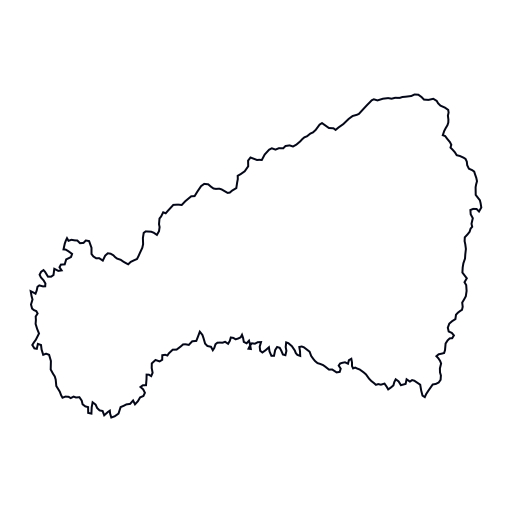 the district of Mimoso de Goiás, Goiás, Brazil
{"feature_id": "56859067B56416792838659", "entity_name": "Mimoso de Goiás", "entity_type": "district", "adm_level": 2, "iso_a3": "BRA", "parent_name": "Brazil", "parent_adm1": "Goiás", "projection": "equal_earth", "projection_center": [-48.343, -15.009], "detail": "fine", "context": "isolated", "style": "outline", "palette": "ink", "viewbox_px": 512, "rotation_deg": 0, "n_neighbors": 0, "source": "geoboundaries", "source_scale": "gbopen_adm2", "svg_char_len": 5669}
<svg xmlns="http://www.w3.org/2000/svg" viewBox="0 0 512 512"><path d="M451.3,144.8L450.0,142.2L447.1,138.7L445.2,136.1L442.8,135.2L444.2,131.0L445.7,128.1L447.4,125.3L448.3,122.6L448.4,119.6L447.9,115.6L448.6,112.6L448.2,109.9L444.9,107.6L440.4,105.6L438.1,103.3L436.7,100.9L433.3,98.8L428.5,99.9L424.0,99.6L421.5,97.0L418.3,94.7L414.5,94.5L411.3,96.0L405.8,96.7L402.4,97.0L399.7,97.9L395.1,97.8L391.6,98.7L388.2,98.1L383.0,98.7L377.5,100.4L373.8,99.3L371.7,100.3L369.6,102.5L367.4,104.7L364.4,107.9L358.9,113.9L356.9,114.8L352.6,116.0L348.8,118.8L343.3,124.1L338.6,127.4L335.6,129.9L333.5,128.3L328.9,128.0L322.0,123.1L319.6,124.6L315.7,129.9L313.0,132.4L310.3,133.6L307.0,136.3L304.4,137.3L302.3,139.1L300.2,141.4L296.4,144.6L293.0,146.5L289.6,145.4L285.5,146.0L283.2,148.3L278.9,148.2L275.5,149.6L271.8,148.3L269.1,149.7L264.7,154.5L261.8,160.0L259.3,159.8L257.0,160.0L254.7,159.1L250.5,157.5L248.1,160.6L248.2,166.3L244.7,171.3L240.7,174.1L237.7,175.8L237.8,179.1L237.2,182.2L236.3,188.1L232.1,190.6L229.8,192.6L227.6,192.9L224.0,190.8L221.6,189.4L219.3,188.7L215.9,188.9L213.5,188.5L211.1,186.8L208.2,184.3L204.2,183.9L201.1,186.1L199.2,188.9L197.5,191.4L194.6,196.1L191.2,196.3L187.7,199.2L185.3,201.2L181.7,205.0L179.0,204.7L176.4,204.7L173.3,204.9L170.1,208.4L167.7,211.0L165.7,213.3L163.2,212.3L161.1,216.5L159.5,218.5L159.0,224.2L159.6,227.1L159.0,231.2L156.9,234.9L153.7,232.7L151.1,231.7L145.7,231.4L143.7,232.9L142.9,238.0L143.1,244.2L142.3,247.8L140.0,252.7L138.4,256.3L137.0,259.0L134.0,260.3L130.7,261.9L128.2,264.3L125.9,263.1L123.4,261.7L120.7,259.8L117.1,258.6L115.1,257.1L113.4,255.3L110.6,253.7L107.8,253.3L105.2,255.6L102.8,260.6L99.2,258.2L96.2,258.3L93.3,256.4L91.5,254.0L91.5,247.8L89.1,241.1L85.8,240.5L83.5,242.9L80.0,243.2L77.3,240.5L74.9,240.4L71.4,239.8L68.5,240.8L67.0,238.2L65.9,240.5L64.8,243.5L63.5,249.4L65.7,249.6L68.2,251.1L72.1,253.9L71.0,257.0L69.1,258.0L66.2,259.4L64.7,264.4L60.9,264.6L59.5,267.2L61.6,270.4L58.3,270.9L54.3,268.8L53.5,275.0L51.1,276.7L48.0,276.7L45.1,271.9L43.5,270.1L41.1,271.8L39.6,274.7L40.9,277.4L43.6,280.4L45.4,283.5L45.2,286.3L43.0,286.4L39.3,285.4L37.5,286.8L36.7,290.5L35.5,293.7L33.4,292.5L30.7,291.2L31.5,295.9L32.5,299.5L31.0,304.5L32.1,308.6L33.9,310.1L36.3,311.1L37.6,313.5L35.7,316.5L35.9,320.0L35.6,323.9L37.1,328.8L39.0,333.5L35.8,339.8L33.9,342.4L32.3,345.0L34.4,348.4L36.8,348.8L37.9,343.9L41.0,345.0L41.6,349.6L43.2,354.8L46.1,353.7L49.1,354.8L50.9,361.0L50.7,369.5L53.0,373.7L54.8,376.5L55.7,379.6L56.3,386.0L59.8,391.7L61.1,395.2L62.5,397.7L65.4,396.6L68.6,396.8L70.7,398.1L73.6,396.6L76.0,397.5L79.4,397.2L81.7,400.6L82.6,404.3L85.3,406.4L88.1,407.1L88.2,412.9L91.4,413.6L91.7,407.2L92.6,402.3L95.6,404.6L97.2,408.1L99.6,410.4L102.6,411.0L104.2,415.3L107.9,412.0L109.8,410.7L110.1,413.6L111.3,417.5L114.7,416.3L118.5,413.6L120.6,407.1L123.7,405.8L126.4,404.4L130.1,403.9L133.1,400.5L135.0,404.3L137.9,401.2L140.1,397.4L143.4,396.0L144.9,392.8L143.2,389.4L140.5,387.0L142.8,385.3L146.0,385.2L146.5,379.3L146.6,374.6L148.9,374.7L151.2,376.1L152.6,372.8L151.7,368.0L151.8,363.4L155.5,360.0L159.6,361.4L162.2,359.8L162.3,355.2L165.2,354.8L167.4,355.5L168.8,353.4L172.7,349.7L176.6,349.6L180.7,346.5L183.1,344.4L185.6,344.3L188.8,344.9L192.2,341.3L196.3,340.9L198.1,336.3L199.8,331.7L202.4,334.9L203.5,338.1L205.1,343.6L207.4,346.0L211.0,346.8L212.8,350.2L214.3,347.9L215.5,344.2L217.4,342.7L219.7,342.6L222.6,342.7L225.1,341.8L228.1,343.8L229.8,340.9L230.8,337.5L233.3,337.9L235.6,339.3L238.2,338.5L240.7,337.3L242.0,334.8L243.1,338.0L243.8,341.9L246.6,343.3L249.0,340.7L250.2,345.3L251.9,343.3L254.9,343.7L257.8,342.2L261.0,342.1L259.7,346.6L260.2,350.8L262.4,352.5L265.6,350.2L268.9,347.3L269.5,351.4L271.4,355.8L274.0,355.8L275.2,350.0L277.1,347.0L279.7,347.8L281.2,350.5L282.9,354.5L285.4,355.2L286.4,350.9L285.7,347.0L286.2,342.4L288.4,343.2L291.9,346.2L294.8,350.5L295.8,353.1L297.4,354.9L300.2,355.9L300.0,351.2L299.3,347.0L301.7,346.5L303.9,347.3L306.1,349.0L309.6,351.7L311.2,356.0L313.5,359.2L315.1,361.1L317.5,363.1L320.1,363.9L323.1,365.1L325.2,366.6L329.0,369.6L332.2,369.5L336.6,372.4L339.7,371.9L340.7,368.7L338.7,365.6L340.1,363.5L342.4,362.8L345.0,362.3L348.0,363.7L348.9,360.2L351.3,358.8L352.0,362.5L352.0,366.0L353.1,368.4L355.2,367.6L357.3,368.6L359.7,369.5L363.7,372.4L366.0,374.4L369.0,378.6L371.3,381.0L374.0,383.1L375.9,384.8L378.3,384.1L380.9,384.7L384.5,383.6L386.6,386.6L388.2,389.4L390.9,387.5L393.4,385.4L394.3,382.1L395.7,379.3L398.6,381.4L400.9,385.2L405.6,383.9L406.6,379.3L409.9,381.6L412.1,380.1L414.3,380.7L416.5,382.2L420.2,384.7L421.2,390.6L422.5,395.6L424.8,397.1L426.2,394.0L428.5,390.5L432.7,384.5L435.9,383.9L438.7,382.5L440.6,379.8L440.9,375.5L440.0,372.4L439.9,368.4L441.1,363.5L440.1,360.9L438.3,358.2L436.4,356.2L438.6,354.3L441.9,353.6L444.1,353.0L445.0,350.2L445.6,343.5L447.6,340.4L449.7,338.4L452.2,338.2L453.9,335.4L451.8,332.9L448.7,331.5L447.8,327.7L449.3,323.6L452.2,321.1L455.4,319.1L456.0,314.7L458.0,312.6L460.1,311.0L462.0,309.8L462.7,306.8L462.2,302.6L464.1,299.4L465.8,296.3L466.6,290.9L466.2,285.1L464.5,282.2L466.8,278.3L462.4,272.6L462.7,267.3L463.4,263.2L465.0,258.6L465.3,254.2L465.9,249.0L465.3,244.4L464.6,241.1L464.8,237.3L467.6,234.3L469.6,231.8L470.6,228.6L472.2,226.8L471.5,223.8L472.8,218.2L470.7,214.3L470.4,210.0L473.2,208.9L476.6,209.0L479.0,211.5L481.3,207.5L480.6,203.2L479.9,200.3L475.7,194.9L475.6,187.2L476.1,184.5L477.0,181.2L476.3,177.9L475.0,174.2L474.2,171.6L472.1,170.1L468.9,168.7L467.2,165.2L466.8,161.6L465.5,158.9L463.6,157.7L459.9,156.0L456.7,155.2L454.9,152.3L452.6,149.7L450.5,147.6L451.3,144.8ZM250.2,345.3L248.5,348.7L250.8,349.0L250.2,345.3Z" fill="none" stroke="#020617" stroke-width="2"/></svg>